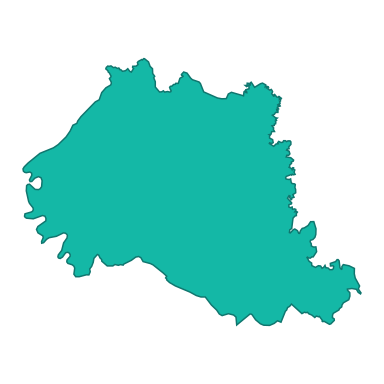 Kham Khuean Kaeo, Yasothon, Thailand (Robinson projection)
{"feature_id": "78962969B10753248313683", "entity_name": "Kham Khuean Kaeo", "entity_type": "district", "adm_level": 2, "iso_a3": "THA", "parent_name": "Thailand", "parent_adm1": "Yasothon", "projection": "robinson", "projection_center": [104.4, 15.654], "detail": "fine", "context": "isolated", "style": "filled", "palette": "teal", "viewbox_px": 384, "rotation_deg": 0, "n_neighbors": 0, "source": "geoboundaries", "source_scale": "gbopen_adm2", "svg_char_len": 5906}
<svg xmlns="http://www.w3.org/2000/svg" viewBox="0 0 384 384"><path d="M269.9,90.2L267.9,88.9L268.0,87.9L268.6,87.7L268.3,86.8L267.4,86.5L266.4,87.7L266.0,85.8L265.3,86.4L265.6,84.8L262.5,83.1L260.5,83.7L254.6,87.3L251.2,82.2L250.4,82.7L250.2,84.9L249.1,84.4L248.8,83.4L247.2,83.2L247.0,85.5L245.3,85.5L246.6,86.6L249.0,85.4L249.0,88.7L245.7,89.8L245.6,90.7L246.7,91.8L246.8,92.7L245.8,92.5L244.9,91.0L244.0,91.8L243.5,95.8L231.4,92.3L228.3,94.0L226.3,98.6L221.9,98.8L217.5,98.0L203.7,91.9L200.4,83.5L199.1,82.0L192.4,79.7L190.7,78.2L187.0,73.1L183.7,72.0L181.4,74.5L181.6,75.3L182.7,75.6L183.0,76.5L179.9,78.3L178.3,83.4L175.8,83.3L175.3,84.3L173.6,84.5L171.8,86.2L170.4,86.3L169.6,87.3L170.5,90.0L171.1,90.3L170.9,91.6L169.7,92.1L167.7,91.5L164.6,92.1L163.4,90.8L161.7,91.8L159.5,92.0L155.3,87.0L155.3,81.7L153.7,77.7L154.7,76.3L152.7,73.5L152.5,68.7L150.1,66.4L148.5,61.9L144.5,58.7L143.8,58.6L142.5,59.9L141.8,59.5L138.3,61.4L137.4,62.5L138.0,64.6L136.2,66.1L132.7,66.3L132.6,67.6L133.6,68.5L131.3,72.1L129.8,71.4L127.8,68.7L125.5,70.7L122.4,71.3L121.3,70.0L119.5,69.5L119.5,68.6L118.8,68.0L117.2,68.4L115.3,67.2L113.4,67.6L111.0,65.9L108.8,66.4L107.9,66.0L106.3,67.4L105.8,68.9L107.9,70.7L108.2,72.0L109.2,72.7L111.0,76.0L110.9,76.9L109.4,78.6L111.2,82.0L111.3,83.4L110.7,85.0L105.9,87.8L101.7,92.6L99.2,99.8L95.3,101.9L80.9,116.7L77.8,120.9L76.8,123.4L72.9,125.2L70.1,131.1L66.1,136.9L58.2,144.6L53.5,147.8L40.0,153.3L28.2,162.9L24.3,166.8L23.0,168.9L23.4,171.2L24.7,172.3L26.2,172.7L29.9,172.0L31.6,173.1L31.8,175.2L29.4,180.0L30.1,181.6L31.8,181.5L34.8,178.2L38.4,176.6L41.0,177.7L42.1,180.7L41.6,186.7L40.1,188.8L38.6,189.6L35.1,189.4L29.5,184.2L27.7,184.5L26.6,185.7L26.3,190.9L28.6,201.3L29.5,203.4L33.0,207.8L33.3,209.4L32.8,210.9L31.6,211.9L25.0,213.8L24.5,216.2L25.2,217.4L26.6,218.2L33.3,218.8L42.5,215.5L45.0,216.2L46.0,218.6L45.8,220.9L37.9,226.5L36.5,229.4L38.0,232.9L42.8,235.8L43.2,237.7L41.6,241.4L41.7,243.2L43.6,242.7L46.6,239.3L49.1,237.7L56.4,236.3L63.4,232.9L65.5,233.2L66.9,234.4L67.4,235.4L67.0,238.0L63.6,242.9L61.7,250.4L58.3,254.9L57.9,256.9L58.5,258.0L60.2,258.5L62.5,257.1L65.7,252.7L67.9,252.3L69.4,253.2L70.2,254.8L70.1,256.3L67.0,260.0L66.8,261.9L67.9,263.4L72.3,264.8L74.0,266.3L74.7,268.2L73.9,274.2L75.7,276.7L79.3,276.7L86.4,274.8L88.9,274.9L90.2,271.8L89.7,268.9L91.6,266.5L93.2,262.4L93.9,258.4L97.4,254.5L98.7,255.1L100.0,257.9L101.6,259.5L101.8,261.2L107.2,265.9L112.9,265.9L114.9,264.5L118.4,265.3L120.4,264.6L123.2,265.1L123.9,264.0L131.4,260.3L135.7,257.1L138.6,256.5L140.8,257.6L143.1,261.6L150.5,263.6L153.1,264.9L163.1,272.9L166.7,276.2L165.6,277.9L166.7,278.9L166.7,279.9L169.5,282.5L175.3,285.9L190.0,292.1L196.2,295.5L201.0,297.0L205.3,297.0L211.4,305.0L216.7,310.1L219.3,314.0L222.1,315.6L228.4,313.7L233.6,315.0L236.0,317.1L236.7,325.0L249.9,314.1L250.9,314.0L252.0,314.6L255.6,319.8L260.4,323.8L263.7,325.2L269.6,325.4L274.2,323.4L277.5,320.8L281.0,322.2L285.4,311.2L286.6,310.1L287.6,307.5L289.6,306.4L291.5,304.1L301.9,313.6L304.5,312.2L305.9,312.7L307.5,312.3L308.8,313.8L311.7,315.0L314.8,317.5L316.3,316.1L318.8,316.8L319.4,316.4L322.4,320.5L322.1,321.1L322.6,321.6L324.3,321.4L329.4,324.3L330.8,323.9L334.3,320.4L334.2,318.9L332.4,317.6L332.6,314.9L333.3,313.3L338.9,310.0L339.5,308.6L341.7,306.9L342.0,305.0L343.4,302.8L348.8,299.7L349.9,296.1L349.8,292.7L347.5,290.2L347.4,289.1L351.9,288.5L356.4,289.3L358.2,292.4L360.5,293.9L361.0,292.9L358.3,289.0L359.6,286.0L355.2,278.0L354.3,273.8L354.4,268.4L349.1,265.8L343.3,264.6L341.9,266.6L341.9,269.0L341.3,269.3L340.0,267.7L339.1,260.8L338.1,259.6L337.1,259.6L335.6,261.6L330.3,263.4L330.5,266.0L333.0,265.8L333.7,266.4L333.4,268.6L332.4,269.6L329.8,269.7L328.1,268.0L325.8,267.7L325.0,265.4L323.7,267.3L322.1,268.3L320.6,266.0L318.4,265.7L315.4,267.4L311.8,265.6L311.6,263.0L309.1,261.3L307.0,257.5L307.4,257.1L308.7,258.0L310.4,258.1L311.8,256.9L313.2,256.9L316.6,251.7L315.9,246.9L313.6,247.1L311.3,245.9L311.3,243.9L310.1,241.7L310.5,240.3L312.9,239.5L314.9,237.4L315.8,234.5L316.0,228.8L313.8,221.6L310.6,221.7L308.1,225.5L304.3,227.9L302.2,228.4L300.4,230.8L299.6,233.4L298.7,233.3L297.5,230.7L294.8,229.0L293.2,229.8L290.3,232.9L289.4,232.6L289.8,229.7L291.7,228.6L293.0,218.2L294.9,216.1L296.4,215.6L296.3,213.5L297.4,212.1L296.8,211.6L294.9,211.8L295.9,210.3L295.8,209.4L294.5,208.9L292.5,209.3L292.1,207.0L290.4,207.7L288.8,206.9L288.9,204.7L291.4,203.9L291.7,202.9L287.5,198.2L289.1,195.6L290.1,196.1L289.7,197.6L291.1,199.7L291.6,199.5L291.8,198.0L294.0,197.3L292.9,194.6L295.7,192.8L295.6,189.3L294.9,187.5L295.3,184.6L294.7,183.9L292.0,183.5L291.2,182.4L290.6,178.9L289.3,179.5L286.8,179.2L285.9,178.8L285.6,177.7L286.3,176.4L291.1,174.6L291.7,175.1L292.3,174.3L293.5,174.8L295.1,174.4L294.1,172.2L294.8,170.0L293.6,169.4L293.6,167.8L292.8,167.7L292.1,169.7L291.5,168.5L289.1,167.3L289.8,166.1L289.7,164.9L291.5,163.5L291.3,162.1L293.3,161.1L293.6,160.1L290.8,157.7L286.2,157.0L286.8,155.3L288.7,155.3L289.9,153.9L289.1,151.2L286.6,150.1L287.1,149.2L289.1,148.7L288.7,146.9L290.9,144.4L290.9,141.9L290.1,140.9L287.9,140.9L286.6,141.6L285.4,140.7L283.6,140.7L282.7,142.3L281.0,142.5L278.7,141.4L277.7,142.7L278.2,143.7L276.0,144.0L273.7,146.3L269.3,143.5L269.6,142.8L271.7,143.5L273.2,142.6L272.6,139.6L269.6,138.1L269.5,136.0L270.2,135.1L269.3,134.6L271.0,134.2L271.7,131.6L274.5,131.5L273.3,129.2L273.7,128.0L272.0,125.8L274.3,125.4L274.4,124.1L275.6,123.8L275.8,122.1L275.4,121.0L276.5,120.4L275.7,119.3L277.2,118.1L275.6,117.8L272.4,115.2L274.5,114.2L275.5,112.5L277.9,112.4L278.0,110.3L276.9,110.6L276.6,109.3L278.5,108.8L277.3,107.5L277.5,107.0L280.2,106.0L279.6,104.8L278.5,106.1L277.7,104.9L280.1,103.3L279.6,101.7L280.5,101.0L280.4,99.9L281.4,98.3L280.4,97.6L279.4,98.9L279.4,96.6L278.7,96.5L278.2,97.3L276.8,97.0L274.6,94.4L274.1,94.6L274.1,96.0L273.5,96.1L271.7,93.6L272.6,91.8L272.0,90.4L271.2,89.4L269.9,90.2Z" fill="#14b8a6" stroke="#0f766e" stroke-width="1.5"/></svg>